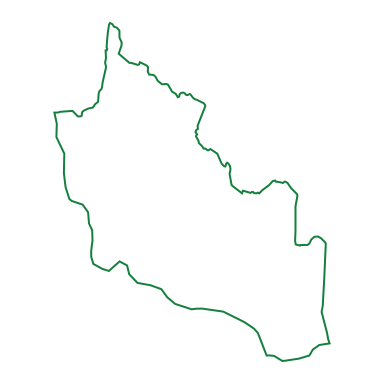 Donga-Mantung, Nord-Ouest, Cameroon
{"feature_id": "32672807B54432963078560", "entity_name": "Donga-Mantung", "entity_type": "district", "adm_level": 2, "iso_a3": "CMR", "parent_name": "Cameroon", "parent_adm1": "Nord-Ouest", "projection": "orthographic", "projection_center": [10.802, 6.688], "detail": "fine", "context": "isolated", "style": "outline", "palette": "green", "viewbox_px": 384, "rotation_deg": 0, "n_neighbors": 0, "source": "geoboundaries", "source_scale": "gbopen_adm2", "svg_char_len": 2390}
<svg xmlns="http://www.w3.org/2000/svg" viewBox="0 0 384 384"><path d="M325.8,243.5L325.2,242.4L325.0,242.2L320.8,238.0L317.7,236.5L314.4,236.8L311.4,239.4L309.3,243.6L307.4,245.0L303.3,244.9L299.8,245.2L299.8,245.5L295.8,244.5L295.1,241.1L295.5,230.4L295.5,216.7L295.5,206.3L297.4,196.0L297.1,194.2L293.9,191.0L290.9,187.9L287.5,182.9L285.5,181.7L284.3,181.8L282.8,183.0L280.8,182.4L276.0,181.6L275.0,180.5L272.7,181.1L269.2,185.0L262.3,190.2L259.2,193.4L257.8,192.6L256.7,193.3L253.9,193.1L253.0,191.9L251.9,192.0L250.6,192.9L243.4,190.8L242.9,190.7L242.0,193.3L232.3,185.8L231.5,184.6L229.6,174.0L230.5,169.1L230.0,166.1L228.4,163.6L227.1,162.7L226.2,163.7L225.4,166.5L224.1,166.3L223.3,165.4L221.6,163.6L217.3,153.7L210.3,149.0L208.6,150.3L207.4,150.2L205.5,148.6L203.7,148.6L201.9,146.0L198.8,143.0L198.6,141.0L196.0,136.4L196.2,135.6L197.1,134.4L195.5,132.2L196.2,130.1L197.9,128.9L197.6,125.7L205.3,106.2L204.9,104.7L203.7,103.2L196.6,99.7L194.7,99.2L192.8,97.5L190.4,94.3L189.7,94.0L187.5,95.1L186.2,94.9L184.5,93.1L183.2,92.6L181.2,92.9L179.6,94.4L179.2,96.6L177.8,97.2L175.8,93.9L172.1,91.7L170.7,89.2L168.0,84.7L166.4,84.0L162.1,84.3L157.7,80.8L155.4,76.6L153.6,75.0L150.0,74.6L149.2,74.6L147.8,71.7L148.0,67.1L147.1,65.8L140.0,62.2L139.1,64.4L137.7,64.9L131.3,62.9L129.3,62.8L118.7,53.7L121.5,45.6L121.7,42.6L119.5,37.6L119.4,30.6L116.9,27.7L114.0,26.7L112.4,24.2L110.0,23.0L109.1,24.4L107.9,32.0L107.2,39.2L106.6,46.9L107.2,49.1L106.8,50.3L105.6,50.4L106.0,58.1L105.1,62.7L106.1,67.1L102.8,81.6L102.6,82.5L102.1,86.8L101.5,89.0L99.3,91.3L98.6,94.0L98.1,101.8L94.9,104.4L93.0,107.5L88.1,108.6L85.3,109.9L83.5,110.8L82.2,112.1L81.6,115.8L80.6,116.4L77.9,116.4L72.5,110.9L60.1,111.8L58.2,112.5L54.4,112.6L56.8,123.8L56.4,137.1L64.3,153.6L63.9,173.2L65.1,183.4L65.6,187.2L69.3,198.9L71.8,201.0L82.6,204.6L88.1,212.3L89.0,223.4L92.2,230.3L92.5,240.7L91.2,250.5L91.2,256.7L93.3,263.9L102.2,268.8L108.8,271.0L119.6,261.4L127.1,265.5L129.2,274.2L136.5,281.9L137.5,282.9L149.1,285.0L150.4,285.2L161.4,289.2L166.3,296.0L167.2,297.2L175.1,303.9L191.7,309.3L196.1,308.7L202.1,308.6L223.2,311.6L244.5,322.2L254.1,328.7L257.9,333.0L266.6,355.5L269.2,355.4L274.1,355.9L282.4,361.0L285.4,360.7L299.0,358.6L309.4,355.5L312.9,349.5L319.3,345.0L329.6,343.4L328.2,339.3L327.0,332.7L321.6,311.9L322.8,305.6L323.2,297.2L324.2,279.5L325.8,243.5Z" fill="none" stroke="#15803d" stroke-width="2"/></svg>